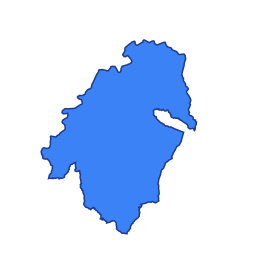 outline of Agrado, Huila, Colombia, rotated 212°
{"feature_id": "7082276B63113141901274", "entity_name": "Agrado", "entity_type": "district", "adm_level": 2, "iso_a3": "COL", "parent_name": "Colombia", "parent_adm1": "Huila", "projection": "natural_earth1", "projection_center": [-75.707, 2.263], "detail": "fine", "context": "isolated", "style": "filled", "palette": "blue", "viewbox_px": 256, "rotation_deg": 212, "n_neighbors": 0, "source": "geoboundaries", "source_scale": "gbopen_adm2", "svg_char_len": 5754}
<svg xmlns="http://www.w3.org/2000/svg" viewBox="0 0 256 256"><g transform="rotate(212 128 128)"><path d="M168.6,43.1L168.1,43.8L166.4,44.5L165.5,45.6L164.7,45.4L164.2,46.2L162.8,46.9L161.7,48.4L160.4,48.8L159.5,48.4L159.0,49.0L158.8,49.7L157.6,50.2L156.4,51.6L156.0,52.4L156.0,53.2L156.8,54.4L156.1,56.2L156.1,56.9L155.8,57.5L155.9,58.3L155.6,58.6L155.6,59.1L156.0,60.3L156.0,61.9L156.4,62.2L156.8,63.1L157.2,66.5L157.0,67.0L156.1,67.7L155.8,69.0L154.8,69.9L154.1,70.9L153.5,69.2L152.6,68.5L152.2,67.6L150.7,66.3L151.0,64.8L150.0,63.5L149.5,63.8L148.8,63.8L147.4,64.8L146.6,66.1L146.4,66.1L144.3,63.6L143.8,63.7L142.9,61.5L142.2,60.4L140.1,58.4L138.8,56.7L138.1,56.4L138.0,55.8L138.5,55.3L138.5,54.7L137.5,53.9L137.2,52.8L136.2,52.0L135.0,51.8L134.4,51.0L133.7,51.2L133.4,50.8L132.9,50.7L131.8,49.2L131.0,48.9L130.4,48.2L129.8,48.0L128.7,46.8L128.1,45.2L126.2,43.2L125.2,40.0L124.0,39.2L122.1,38.5L119.4,39.1L118.0,38.8L117.4,39.3L116.4,39.0L116.4,39.5L116.1,40.5L115.5,41.2L115.1,41.3L115.4,41.8L115.3,42.3L113.8,42.4L113.5,42.3L113.4,41.7L113.1,41.5L112.4,41.5L111.3,41.1L111.0,41.3L109.7,41.3L108.9,40.5L106.7,40.7L106.0,39.9L105.1,40.0L104.3,39.3L103.4,37.5L103.0,37.2L103.0,36.9L103.5,36.6L103.3,36.2L102.4,36.7L101.3,36.4L100.6,36.7L100.6,37.1L101.2,37.5L101.4,38.2L101.2,38.2L100.9,37.6L100.1,37.8L98.5,37.3L98.0,37.4L97.5,37.1L97.1,37.4L96.8,37.4L96.2,37.1L95.8,36.1L93.1,39.0L92.8,39.9L91.5,41.5L89.7,42.0L87.7,41.2L87.1,40.6L86.6,39.5L84.8,37.7L84.6,36.7L84.2,36.3L81.1,35.8L80.1,36.1L77.4,35.6L76.6,36.2L72.8,37.8L73.4,38.9L73.4,40.0L73.2,41.0L72.8,41.2L73.0,42.0L72.8,44.4L73.6,45.3L73.9,48.9L73.3,49.7L73.9,50.6L73.2,52.2L73.2,54.3L72.5,55.5L72.5,56.1L72.0,57.0L71.8,59.1L72.7,61.0L73.1,61.4L73.1,62.3L73.3,62.8L74.0,62.9L74.4,63.6L75.1,64.1L75.3,65.5L76.9,66.4L76.7,66.9L75.2,67.2L75.1,68.0L75.2,69.6L76.7,70.1L73.3,73.5L71.3,76.2L69.0,77.4L68.4,78.6L65.5,78.9L65.0,79.1L64.3,80.4L63.3,82.6L64.0,83.2L65.4,85.6L66.1,85.8L66.5,86.5L66.5,87.9L66.9,89.1L67.8,90.0L68.3,91.0L69.1,91.5L69.5,92.5L70.3,93.1L70.8,94.4L71.8,95.8L72.1,96.1L72.8,96.1L73.1,96.4L73.3,97.5L74.7,100.8L75.6,105.0L76.9,108.7L77.3,110.8L76.8,111.3L76.8,112.3L76.6,112.8L77.2,116.7L77.7,117.5L77.7,118.1L77.2,119.8L76.8,120.2L76.1,122.7L75.4,123.8L75.0,124.9L74.5,125.1L74.5,125.4L74.6,125.9L75.3,126.3L75.6,127.1L76.1,127.4L76.1,128.3L75.8,128.8L76.3,130.4L76.4,134.4L76.8,138.1L75.5,140.7L75.8,145.2L76.6,147.0L78.5,153.8L87.5,152.1L92.3,151.6L93.5,150.6L94.2,150.5L95.3,150.8L96.8,149.9L97.6,149.7L98.9,149.8L99.4,150.2L99.9,150.2L100.5,150.0L101.5,150.2L102.8,149.8L108.8,151.0L110.1,152.5L111.0,151.9L112.1,152.5L113.1,152.5L114.3,154.6L115.5,155.9L115.3,156.4L115.6,157.1L115.3,158.0L114.3,158.4L113.7,159.5L113.1,159.3L112.8,160.2L112.2,160.0L111.9,160.3L111.5,159.8L110.6,160.0L110.5,160.4L109.8,160.6L109.4,161.0L108.6,160.9L108.1,162.5L106.8,162.0L105.7,162.0L104.7,162.7L104.4,164.0L103.5,164.3L103.3,164.3L102.7,163.5L102.2,163.5L101.9,162.9L100.6,163.0L99.4,162.1L98.7,162.2L98.4,161.9L98.4,161.5L97.5,160.4L96.4,160.3L95.1,160.6L94.6,160.5L93.9,161.2L92.1,161.9L91.9,162.3L91.5,162.3L91.2,162.6L90.8,162.4L90.4,162.5L90.0,163.1L89.3,162.5L88.4,162.6L87.9,162.4L86.8,162.7L85.4,162.5L79.8,162.4L78.5,161.7L77.5,160.7L77.3,160.2L75.5,160.0L74.7,160.3L72.9,162.1L71.9,162.1L71.0,161.2L70.2,161.1L70.3,162.4L71.9,165.3L72.0,167.0L73.0,169.1L73.2,168.8L73.9,169.0L74.9,170.5L76.5,169.9L77.2,170.0L78.2,171.0L78.4,171.6L81.1,171.9L82.2,171.4L83.6,171.9L84.2,173.3L84.1,173.9L85.0,174.3L86.6,175.7L86.9,178.6L87.5,181.0L89.0,181.6L88.9,183.1L89.3,184.5L90.0,185.4L91.5,186.5L93.7,187.7L96.5,188.7L97.8,190.2L97.4,192.3L97.5,192.8L98.0,193.5L99.6,194.1L101.4,194.1L102.2,195.5L104.0,196.6L105.9,197.3L107.3,199.6L108.7,200.0L109.9,201.3L110.3,201.4L111.0,202.5L113.1,208.9L113.1,209.5L114.9,213.5L115.7,217.3L116.6,218.1L118.1,219.9L118.4,219.8L119.7,220.4L123.5,217.4L124.3,217.4L127.1,218.5L131.7,217.8L132.6,217.9L133.1,218.5L134.2,218.8L135.9,218.1L137.5,217.8L139.2,218.4L140.7,219.3L141.9,220.4L142.7,219.9L144.4,217.9L147.0,214.2L147.8,213.6L150.2,213.9L151.2,214.9L152.3,215.5L153.7,214.3L155.1,211.8L161.1,211.2L161.5,210.0L160.8,209.2L161.7,207.6L163.8,203.2L164.7,202.8L165.6,202.8L166.7,203.3L167.4,204.4L168.0,205.0L168.5,205.0L170.3,202.8L170.6,201.2L171.2,200.1L173.0,194.7L172.9,194.1L171.7,192.2L171.3,190.0L171.4,187.6L171.2,187.2L169.0,186.5L167.9,187.2L167.0,188.9L165.8,189.1L162.2,187.9L160.6,187.1L159.8,186.3L159.8,185.3L160.5,183.4L161.2,182.7L162.2,181.1L165.5,177.5L165.7,177.0L165.4,175.0L164.2,172.3L164.2,171.7L165.0,170.4L165.7,170.1L171.1,173.1L171.9,173.1L174.2,171.9L175.0,170.8L174.7,170.2L174.7,169.5L175.1,166.2L175.7,165.6L180.4,164.1L183.1,162.3L183.4,161.4L182.8,159.9L182.9,156.5L181.8,148.7L181.7,146.1L180.5,142.3L181.0,141.1L182.1,139.9L182.7,138.0L182.9,136.0L182.4,134.1L182.5,133.5L184.1,131.2L184.9,130.6L186.1,130.2L187.4,127.9L187.0,127.2L186.1,126.8L184.7,126.7L182.5,127.2L181.5,126.6L179.5,124.5L181.2,121.5L183.2,117.0L184.1,116.1L189.4,112.2L191.6,111.1L192.4,109.1L192.7,107.7L192.3,106.3L191.3,105.7L189.9,106.0L186.9,108.5L186.1,107.8L185.6,106.7L185.0,104.4L186.3,102.7L187.3,100.6L187.5,99.5L186.9,98.0L186.1,97.5L184.7,97.5L183.3,97.0L182.0,95.8L180.9,94.2L180.7,93.0L182.9,87.7L182.9,85.9L183.9,84.3L184.4,82.1L189.1,80.3L189.2,79.5L187.7,77.9L186.9,75.8L184.7,72.2L184.3,69.8L184.9,68.6L186.4,67.4L188.9,66.7L189.5,65.6L189.7,64.8L189.4,64.0L189.2,63.0L189.3,62.5L189.1,61.9L187.2,59.9L186.6,59.6L185.7,59.6L185.2,58.4L184.0,57.2L183.1,57.2L182.4,57.7L181.2,58.0L180.6,58.7L179.7,59.0L178.6,58.5L177.6,58.6L177.0,57.9L175.8,57.5L174.0,55.7L171.9,55.8L170.2,52.5L169.9,50.6L169.1,49.3L169.2,48.7L169.6,48.0L169.4,46.8L169.7,46.4L168.6,43.1Z" fill="#3b82f6" stroke="#1e3a8a" stroke-width="1.5"/></g></svg>